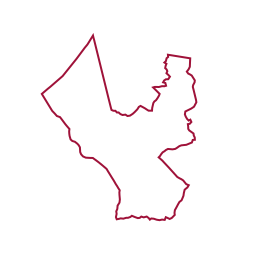 Garanhuns, Pernambuco, Brazil, rotated 167°
{"feature_id": "56859067B42903822347578", "entity_name": "Garanhuns", "entity_type": "district", "adm_level": 2, "iso_a3": "BRA", "parent_name": "Brazil", "parent_adm1": "Pernambuco", "projection": "robinson", "projection_center": [-36.525, -8.937], "detail": "fine", "context": "isolated", "style": "outline", "palette": "rose", "viewbox_px": 256, "rotation_deg": 167, "n_neighbors": 0, "source": "geoboundaries", "source_scale": "gbopen_adm2", "svg_char_len": 2496}
<svg xmlns="http://www.w3.org/2000/svg" viewBox="0 0 256 256"><g transform="rotate(167 128 128)"><path d="M141.3,223.6L141.3,226.0L148.7,218.5L152.1,215.9L162.6,207.0L175.3,197.0L180.0,193.3L181.5,192.5L194.5,185.6L197.2,184.3L204.3,180.6L198.0,161.7L196.2,158.7L194.6,155.7L191.8,153.9L190.7,151.5L188.2,145.8L186.9,143.2L185.3,140.2L186.1,137.9L186.5,135.6L186.7,133.4L186.5,129.8L185.2,127.9L182.8,126.5L180.9,124.1L179.9,122.3L179.2,120.0L180.0,115.3L179.6,112.9L178.2,110.4L175.8,108.6L172.1,107.5L169.0,106.7L164.8,101.8L161.9,98.1L158.1,93.0L157.2,90.2L154.8,83.1L153.9,80.6L153.3,78.7L152.5,76.0L151.6,73.6L151.1,71.9L150.1,69.2L150.9,67.2L151.4,64.5L152.0,60.2L153.1,57.2L155.6,54.7L156.6,51.6L158.2,49.4L158.4,46.9L159.8,43.9L159.5,41.6L157.3,41.5L155.5,41.6L152.9,40.7L150.0,40.9L148.2,40.5L145.7,40.8L144.0,41.6L141.5,39.8L138.7,38.0L136.8,37.8L135.0,38.7L132.8,37.4L129.7,37.5L128.1,35.6L127.3,33.8L125.7,34.6L123.3,33.8L120.7,32.2L118.0,31.1L115.4,31.1L112.9,30.2L111.2,32.6L109.6,31.4L107.9,30.0L105.6,30.5L102.0,32.8L101.8,34.8L100.8,37.4L98.8,39.6L96.2,42.6L94.5,44.4L92.1,45.5L90.9,47.1L89.2,49.5L88.2,52.1L86.7,55.1L85.0,56.0L83.5,56.7L81.7,58.6L83.9,60.2L86.0,64.5L87.5,66.1L89.1,67.4L91.0,69.2L96.8,79.7L100.8,86.6L101.8,88.4L104.7,92.5L103.1,93.5L101.6,95.0L99.7,96.5L97.6,97.2L96.1,98.0L93.8,98.6L91.9,98.0L89.5,97.2L86.7,97.0L84.9,97.6L82.0,98.8L79.9,99.1L74.9,98.5L69.0,99.5L67.6,101.8L65.5,101.5L65.1,103.8L65.6,105.8L65.4,107.9L66.8,109.5L68.9,111.9L69.5,113.6L69.0,116.1L68.8,118.3L66.9,118.2L64.9,119.6L65.4,122.1L67.2,121.6L68.4,123.6L69.2,126.2L69.5,128.5L68.4,131.2L62.0,132.7L58.9,133.9L55.6,137.7L55.4,140.1L55.5,149.9L55.6,153.5L54.9,155.1L52.8,157.6L52.2,159.4L54.1,164.8L55.6,166.3L57.1,167.5L58.0,169.7L55.8,171.5L54.0,173.7L52.7,178.4L51.7,181.9L72.6,190.4L72.9,188.2L74.7,187.3L76.0,184.7L77.8,183.6L76.1,181.9L77.3,180.2L78.3,178.0L77.2,176.3L76.9,174.5L78.2,172.7L76.6,170.4L75.6,168.6L77.8,166.5L80.2,166.9L82.2,166.1L83.5,164.6L81.5,163.5L81.4,160.6L83.2,160.5L85.4,161.1L88.8,161.0L90.9,161.6L92.6,162.0L94.4,161.9L89.5,154.1L90.5,152.6L92.6,150.4L94.4,148.8L96.4,147.9L97.7,146.6L99.9,142.1L100.7,139.5L104.1,140.3L105.7,141.9L107.1,143.4L109.1,145.2L110.8,146.7L112.7,146.1L114.7,144.1L118.1,141.9L120.3,140.7L123.3,139.6L125.8,139.8L127.5,141.6L130.4,141.9L132.3,143.3L133.6,145.2L135.3,145.6L136.4,147.6L138.4,148.1L140.0,149.3L140.1,151.4L140.3,161.1L140.5,175.0L141.2,221.7L141.3,223.6Z" fill="none" stroke="#9f1239" stroke-width="2"/></g></svg>